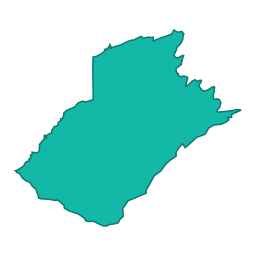 the district of Kongba, Gbapolu, Liberia
{"feature_id": "62588387B18809430914172", "entity_name": "Kongba", "entity_type": "district", "adm_level": 2, "iso_a3": "LBR", "parent_name": "Liberia", "parent_adm1": "Gbapolu", "projection": "mercator", "projection_center": [-10.454, 7.678], "detail": "fine", "context": "isolated", "style": "filled", "palette": "teal", "viewbox_px": 256, "rotation_deg": 0, "n_neighbors": 0, "source": "geoboundaries", "source_scale": "gbopen_adm2", "svg_char_len": 3259}
<svg xmlns="http://www.w3.org/2000/svg" viewBox="0 0 256 256"><path d="M240.6,110.3L240.4,109.8L240.2,109.8L236.8,109.6L236.0,109.5L233.8,110.4L225.0,111.5L217.8,112.1L217.5,111.6L217.1,110.9L216.9,110.6L219.6,107.3L220.4,104.4L220.8,102.9L219.6,99.9L217.0,98.8L215.8,99.2L215.0,99.5L213.3,98.2L213.2,95.2L214.4,91.1L214.1,88.9L214.7,87.8L214.6,87.5L214.4,86.8L212.2,87.0L208.2,89.8L206.5,90.5L206.2,90.4L203.5,91.2L201.8,89.8L201.7,89.7L199.7,87.2L199.3,86.6L198.9,85.3L200.0,83.6L201.6,81.1L200.9,80.2L199.4,80.4L196.6,81.5L196.0,80.6L195.9,80.3L195.0,79.7L192.6,81.0L191.6,81.5L191.1,82.3L190.8,82.8L187.5,85.5L186.9,86.3L186.7,86.3L185.6,86.4L185.8,85.7L185.6,85.8L187.7,77.8L187.7,77.5L186.9,77.0L185.8,76.4L183.1,76.0L180.6,76.8L180.2,76.6L179.0,75.8L178.3,75.3L178.3,74.7L178.3,73.6L177.1,73.0L176.7,72.7L175.9,68.7L176.5,68.1L177.6,67.1L178.8,66.5L178.9,66.4L181.2,64.7L181.9,61.1L182.4,59.0L183.6,55.5L182.4,55.5L178.2,57.8L175.3,57.2L174.3,55.6L173.9,54.9L175.0,52.8L176.5,49.6L176.5,48.2L177.4,46.8L180.3,44.2L182.7,39.7L183.1,35.8L183.9,33.9L183.6,33.6L181.7,31.4L179.6,32.0L178.5,32.0L177.2,32.0L174.2,30.2L173.8,30.0L173.3,31.1L171.7,34.4L171.0,34.1L170.1,34.6L169.6,34.8L168.2,35.5L160.6,38.0L159.4,38.5L154.5,40.5L153.4,41.0L153.3,39.7L153.2,38.3L153.0,37.3L153.0,37.1L150.3,37.5L148.5,37.2L148.2,37.2L146.2,37.5L145.9,37.6L143.7,38.3L143.4,38.4L142.1,37.0L141.7,36.6L140.1,36.8L139.8,37.0L138.7,37.5L137.2,38.3L134.3,39.8L133.9,40.0L131.9,40.1L128.2,41.3L127.2,41.7L122.7,44.0L120.7,44.8L116.2,46.4L113.4,47.0L110.8,48.3L110.8,47.6L110.8,46.0L109.9,44.6L109.6,45.8L109.5,46.6L108.6,46.6L108.3,48.6L107.2,48.3L106.2,49.9L105.7,49.6L105.1,49.2L104.5,50.6L103.9,51.9L101.1,53.9L96.8,56.2L93.0,57.1L93.0,59.6L92.8,66.1L93.1,91.3L93.2,99.5L89.8,100.7L85.9,102.0L83.4,101.4L82.4,101.2L77.9,103.1L74.7,107.0L71.4,108.4L66.6,110.4L63.6,113.2L63.9,114.8L62.5,118.4L60.6,118.9L61.1,120.5L58.4,122.2L57.9,123.9L58.3,124.7L56.0,126.4L54.5,126.4L51.6,130.6L51.9,133.0L49.9,133.4L46.3,135.7L46.3,137.3L44.8,135.2L44.1,136.0L44.5,138.5L39.3,144.7L39.9,146.5L39.2,147.6L39.6,149.8L39.2,150.7L37.4,153.0L32.2,152.2L32.5,153.4L30.4,155.4L31.1,158.0L28.9,158.9L29.2,161.2L26.4,161.5L25.0,163.3L24.4,163.8L24.3,165.4L19.8,168.6L15.9,170.8L15.5,170.7L15.4,170.7L16.8,172.4L19.8,173.7L22.4,178.1L25.7,180.7L29.8,182.3L32.6,186.6L35.9,189.0L37.1,193.0L38.4,195.8L38.5,198.1L41.6,198.9L48.0,199.2L56.1,200.5L57.4,199.7L57.6,199.9L63.9,205.2L64.5,208.4L69.8,211.2L78.6,214.1L84.8,218.5L84.8,219.0L85.5,220.4L85.6,220.7L87.3,221.4L88.4,221.4L90.0,221.5L92.9,221.3L93.9,221.6L94.0,221.6L94.8,221.9L97.6,223.3L100.6,224.8L103.1,225.8L103.6,226.0L105.8,226.0L108.1,225.0L108.4,224.9L108.3,225.1L109.2,224.6L110.5,224.4L111.5,224.3L114.3,223.9L116.2,223.3L117.7,223.0L118.2,222.8L119.8,219.5L123.3,216.2L122.7,208.6L128.2,200.6L130.3,199.8L133.5,198.6L145.4,193.5L146.2,193.3L146.1,191.6L146.1,190.2L149.9,183.7L154.3,175.7L160.7,171.0L166.2,163.6L171.1,159.5L175.4,156.7L176.1,156.3L176.1,151.8L180.2,146.2L181.8,144.7L182.8,143.9L185.1,147.7L188.0,145.3L196.9,137.2L205.1,134.3L206.2,132.4L206.7,131.5L208.9,127.8L213.6,125.1L221.1,124.2L226.1,122.1L229.0,119.8L227.8,117.4L231.6,117.4L231.6,114.5L240.6,110.3Z" fill="#14b8a6" stroke="#0f766e" stroke-width="1.5"/></svg>